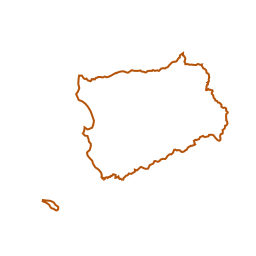 outline of Ponce, Puerto Rico, rotated 76°
{"feature_id": "32010507B29369551718499", "entity_name": "Ponce", "entity_type": "district", "adm_level": 2, "iso_a3": "PRI", "parent_name": "Puerto Rico", "parent_adm1": "", "projection": "orthographic", "projection_center": [-66.606, 18.028], "detail": "fine", "context": "isolated", "style": "outline", "palette": "amber", "viewbox_px": 256, "rotation_deg": 76, "n_neighbors": 0, "source": "geoboundaries", "source_scale": "gbopen_adm2", "svg_char_len": 3856}
<svg xmlns="http://www.w3.org/2000/svg" viewBox="0 0 256 256"><g transform="rotate(76 128 128)"><path d="M84.3,41.0L84.3,42.4L82.8,44.6L83.1,45.9L83.4,46.6L82.4,49.8L81.9,50.6L81.5,52.9L80.3,54.9L80.0,56.9L78.3,56.8L77.3,57.2L75.0,55.7L73.8,55.6L71.5,56.3L70.9,57.1L68.7,56.5L70.0,59.9L72.2,60.8L72.4,61.9L75.0,64.8L75.1,66.8L74.8,67.3L75.0,69.4L76.9,72.6L78.5,74.6L78.8,76.7L79.2,77.8L78.5,79.2L78.4,81.4L80.1,84.2L79.2,85.5L79.0,88.3L78.1,89.2L77.8,90.2L78.4,90.9L77.7,93.7L77.5,95.3L78.4,96.9L78.3,97.8L77.4,98.9L76.4,101.2L75.1,102.1L75.2,103.1L74.6,106.3L73.7,108.9L72.8,110.4L74.3,114.4L74.1,115.2L74.0,115.6L72.4,117.8L71.7,119.3L71.4,122.2L71.7,124.9L72.0,126.2L71.8,126.5L71.7,126.5L72.0,128.0L73.3,132.6L73.7,135.6L73.7,136.1L72.5,138.0L72.8,140.6L71.9,142.2L71.3,144.7L71.8,145.7L71.6,146.9L72.8,148.4L72.2,149.4L72.5,150.1L72.0,150.9L71.9,151.0L71.8,151.4L72.6,152.0L73.1,152.2L73.5,153.2L72.1,155.4L70.0,156.4L70.2,157.7L69.2,158.9L66.0,160.1L65.3,162.8L69.1,164.3L73.4,165.6L74.6,165.6L76.3,165.6L77.5,165.6L80.2,167.5L80.4,167.6L82.6,170.1L86.7,169.4L88.0,169.2L88.9,169.0L89.3,168.5L89.9,167.6L90.5,166.7L91.0,166.0L94.1,163.5L98.1,161.6L102.8,160.2L105.8,159.9L106.9,159.8L108.6,159.6L111.6,159.4L112.7,159.3L115.1,160.3L116.0,160.7L119.0,162.7L119.5,165.7L119.6,166.0L119.6,167.6L119.4,167.8L116.9,170.0L117.3,170.1L119.6,171.0L120.0,171.2L120.5,171.4L121.6,172.3L122.4,173.1L124.6,171.9L124.9,171.7L125.9,169.4L126.0,169.2L126.4,169.2L129.3,169.0L130.6,169.1L131.0,169.1L131.9,169.2L132.5,168.8L134.4,167.9L136.9,168.6L137.9,169.2L140.0,170.4L141.8,173.7L144.8,173.9L147.5,172.7L148.2,172.3L151.2,170.6L154.0,170.6L158.1,169.3L158.5,169.0L161.4,166.5L164.9,164.9L167.1,164.8L169.1,165.6L170.6,165.1L170.1,164.5L171.1,163.4L172.1,163.6L172.0,163.0L170.7,162.2L170.7,160.4L171.6,160.0L170.9,158.6L171.2,157.1L170.3,156.5L170.6,155.5L170.1,154.3L169.4,154.0L169.5,153.1L170.5,151.4L173.3,152.3L173.4,151.4L172.9,150.0L173.4,149.6L172.9,149.0L174.5,148.9L175.6,148.2L175.4,147.4L176.7,146.4L176.9,145.1L175.3,144.2L175.0,143.3L174.9,143.2L173.8,141.5L173.8,139.8L172.4,138.2L173.3,135.9L172.1,132.1L171.6,131.5L171.1,131.5L170.1,131.4L171.3,129.5L169.0,125.4L169.1,124.4L170.8,122.5L171.9,120.7L172.1,119.6L172.3,118.6L172.1,118.2L169.3,115.9L168.6,112.1L167.8,111.3L166.8,110.8L166.5,109.9L168.0,107.1L167.8,105.7L166.5,103.8L166.4,101.4L167.1,99.5L166.6,98.4L164.8,96.6L163.7,94.4L163.6,93.4L164.1,92.5L163.0,90.4L160.3,88.5L160.5,87.1L161.6,86.1L161.6,84.4L162.3,83.0L164.1,81.9L164.5,80.8L164.2,78.8L163.4,77.6L163.3,76.3L162.1,75.3L161.1,73.9L160.9,72.3L160.4,71.6L160.8,70.6L160.5,68.6L160.6,68.3L160.2,66.8L158.6,67.3L158.0,67.0L156.3,67.1L155.8,65.3L156.2,64.5L156.0,61.7L154.3,60.3L153.8,57.1L154.7,56.6L155.4,55.5L155.5,51.9L154.3,51.1L154.3,50.3L155.1,47.7L155.9,46.7L158.4,45.7L161.1,44.2L162.1,43.2L162.5,42.3L162.1,41.5L161.1,40.9L158.8,40.7L157.4,40.3L156.4,39.4L156.3,37.6L154.3,36.8L152.9,36.8L152.0,34.5L150.2,33.4L149.3,33.3L149.2,31.8L147.5,30.3L145.6,30.3L144.0,30.9L143.7,30.5L141.1,30.2L138.3,29.3L137.3,27.5L136.3,27.6L136.2,27.6L135.3,28.5L134.3,28.6L133.4,28.1L132.4,28.3L131.7,29.1L131.5,30.9L129.9,32.3L128.0,31.7L125.6,33.1L125.0,34.6L123.2,35.2L122.4,36.6L120.7,36.7L119.5,37.5L116.9,37.5L115.0,38.4L113.8,38.1L113.0,37.0L111.9,37.0L110.8,38.9L110.7,39.6L109.6,40.6L110.2,41.2L110.3,42.7L109.9,43.1L108.0,42.1L106.7,41.8L105.2,40.7L105.1,39.9L103.8,39.5L103.1,40.1L102.4,38.3L100.3,37.9L98.2,36.8L97.4,37.0L95.7,36.6L94.8,37.0L93.4,38.4L91.0,38.2L89.3,39.2L88.4,40.5L84.9,41.4L84.3,41.0ZM177.3,228.0L178.4,228.5L179.3,227.4L180.4,225.7L182.3,224.0L183.7,222.9L184.9,222.7L186.6,222.1L187.8,221.1L188.4,219.6L189.9,218.5L190.7,217.3L190.6,216.4L189.9,215.4L187.7,214.8L185.0,217.0L184.7,217.1L182.6,217.9L181.1,219.3L179.8,221.2L178.3,225.5L177.3,228.0Z" fill="none" stroke="#b45309" stroke-width="2"/></g></svg>